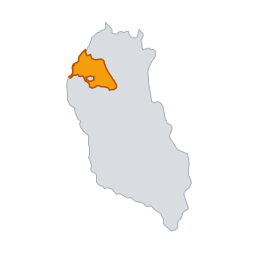 Somogy highlighted on a map of Hungary, rotated 84°
{"feature_id": "HUN-3157", "entity_name": "Somogy", "entity_type": "County", "adm_level": 1, "iso_a3": "HUN", "parent_name": "Hungary", "parent_adm1": "", "projection": "equal_earth", "projection_center": [17.569, 46.411], "detail": "fine", "context": "in_parent", "style": "filled", "palette": "amber", "viewbox_px": 256, "rotation_deg": 84, "n_neighbors": 0, "source": "natural_earth", "source_scale": "10m", "svg_char_len": 4168}
<svg xmlns="http://www.w3.org/2000/svg" viewBox="0 0 256 256"><g transform="rotate(84 128 128)"><path d="M211.2,76.7L214.2,76.4L214.3,76.4L215.1,76.6L215.6,78.5L216.4,79.9L217.2,81.5L218.3,82.7L220.6,83.3L223.7,84.8L225.7,87.7L228.7,88.9L228.9,88.9L229.5,88.8L231.6,88.7L232.1,89.2L233.8,90.7L234.5,91.9L234.2,93.2L234.6,94.7L235.2,95.2L234.5,96.2L229.1,101.2L227.0,102.6L225.6,102.8L223.3,102.3L221.0,102.7L218.9,103.8L217.0,104.1L215.6,105.4L213.8,108.1L211.5,110.5L209.2,111.9L208.0,113.2L208.0,117.7L206.8,118.9L205.0,120.2L204.1,121.4L201.6,128.2L199.7,130.3L197.8,132.0L197.5,133.6L197.6,135.3L195.5,138.8L192.7,142.4L192.2,143.9L192.9,146.0L190.2,148.3L188.6,149.4L187.3,149.9L186.5,151.4L185.3,154.9L185.7,156.5L185.7,158.0L183.4,158.8L182.8,160.4L182.2,162.4L181.3,163.3L178.7,165.0L172.2,164.3L169.8,164.8L169.0,166.0L168.9,167.0L168.1,167.9L166.7,169.0L165.1,169.5L161.7,168.1L154.5,169.5L153.3,170.5L152.2,169.8L150.7,169.1L143.4,168.3L140.5,169.0L136.7,168.7L133.1,168.0L130.5,168.6L128.2,171.4L127.0,172.3L126.1,172.9L124.1,173.8L122.5,174.9L120.2,175.6L118.2,175.5L116.3,174.3L115.7,174.6L115.1,175.7L114.1,176.7L111.3,177.8L110.6,177.8L110.4,177.8L108.2,178.7L104.7,179.2L102.9,178.8L99.7,182.7L98.7,183.5L95.6,184.6L93.1,185.2L90.9,184.8L90.0,184.7L80.4,184.5L75.4,183.7L72.1,182.2L70.0,180.5L68.9,178.6L66.5,177.4L62.5,177.0L59.5,175.2L57.3,171.8L54.3,169.2L50.6,167.3L47.6,164.5L45.4,161.0L41.5,157.8L35.8,155.0L34.1,154.4L33.8,153.4L31.0,149.9L29.9,148.6L30.0,146.9L29.4,145.9L28.4,145.2L27.9,142.7L27.6,140.9L26.8,139.7L20.8,139.4L25.9,135.0L28.4,133.7L31.3,133.9L32.3,133.5L32.5,132.9L33.0,131.5L33.3,130.1L33.5,128.8L33.2,128.1L31.8,127.9L31.2,124.7L31.9,123.5L32.6,122.7L31.8,118.8L32.0,117.5L34.3,117.3L36.2,116.5L37.8,115.5L38.2,114.4L39.5,111.9L38.3,109.0L31.8,107.0L31.4,106.3L33.0,105.5L34.6,104.3L35.5,103.3L36.8,103.2L38.6,103.7L41.7,105.8L43.0,106.1L44.1,105.5L45.4,105.4L48.9,105.5L51.8,105.0L51.2,102.7L51.2,101.0L50.7,99.7L51.0,98.2L52.2,97.1L52.6,94.6L54.4,92.9L55.3,92.6L58.5,92.9L59.3,93.4L59.8,93.5L64.9,97.7L69.8,100.8L73.8,102.4L79.7,102.5L86.0,102.7L96.4,102.1L104.2,101.7L104.7,100.9L105.9,99.1L105.0,97.4L105.0,95.5L106.3,93.1L110.1,91.0L121.2,90.1L127.6,88.6L128.5,86.5L130.6,84.5L132.5,84.1L135.1,85.0L138.3,86.8L141.1,87.8L142.8,87.2L148.3,84.1L154.8,81.1L159.1,73.1L159.5,71.8L164.3,70.9L171.3,71.1L174.9,72.1L177.7,72.7L181.7,72.5L187.5,70.8L189.7,70.8L191.4,72.0L193.3,73.1L194.5,74.4L195.5,76.2L196.0,76.9L196.9,77.8L198.4,79.1L199.8,79.4L210.6,77.2L211.2,76.7Z" fill="#d9dde1" stroke="#a8b0b8" stroke-width="1"/><path d="M60.0,176.2L59.6,176.1L59.3,175.8L58.8,175.6L58.8,175.4L59.0,175.3L59.4,175.1L59.6,175.1L59.4,174.7L58.8,174.7L58.3,174.5L58.1,173.8L58.0,173.4L57.6,172.1L57.5,171.7L56.2,170.2L55.8,170.0L53.2,169.9L52.8,169.7L51.2,168.7L50.8,168.3L50.7,167.8L50.4,167.5L48.7,166.3L48.4,165.9L47.6,164.6L46.4,163.3L46.2,163.2L46.0,162.9L45.7,162.1L46.9,161.7L47.7,162.5L49.9,161.8L50.5,161.7L51.1,161.6L51.6,160.9L51.8,160.0L51.3,158.9L51.0,157.7L51.7,157.5L55.3,156.7L55.7,155.4L56.3,154.5L56.8,153.0L56.6,147.6L57.8,145.7L59.1,144.8L61.3,144.9L62.6,144.3L64.2,144.1L70.7,141.7L76.4,138.6L77.8,138.3L79.1,137.1L79.8,136.7L80.7,136.5L83.7,135.0L85.5,135.1L87.1,135.7L87.8,137.3L88.4,138.4L88.3,138.7L88.2,138.9L88.2,141.3L88.4,142.4L86.9,143.0L86.6,143.0L86.3,143.3L85.9,143.9L85.5,144.5L85.3,145.1L85.2,145.8L84.6,147.0L84.3,148.5L84.2,150.2L83.3,151.8L82.7,153.7L83.0,155.4L83.7,155.7L84.6,159.7L84.0,160.1L83.8,161.0L83.2,161.7L79.5,162.1L76.6,165.5L75.6,166.2L74.0,166.3L72.6,166.7L71.6,167.7L71.7,170.2L71.2,171.5L69.3,172.4L70.2,175.0L69.7,175.8L70.1,177.0L70.8,178.0L71.7,178.8L72.2,179.6L72.1,180.8L71.3,181.2L70.5,181.1L70.4,180.9L70.4,180.4L70.2,179.8L70.2,179.5L70.0,179.1L68.4,177.6L67.3,177.2L65.9,176.9L63.2,176.8L62.9,176.9L62.8,177.1L62.7,177.2L62.5,177.3L62.3,176.7L62.0,176.5L61.2,176.8L60.6,176.8L60.5,176.7L60.5,176.3L60.3,175.6L60.0,176.2ZM74.3,156.9L73.5,156.2L73.1,157.0L73.1,158.1L72.9,159.2L72.1,160.1L73.0,162.3L73.3,164.8L74.5,163.9L75.6,164.5L76.0,163.5L76.6,162.2L77.7,161.4L77.4,159.2L76.4,156.9L76.4,156.6L74.3,156.9Z" fill="#f59e0b" stroke="#b45309" stroke-width="1.5"/></g></svg>